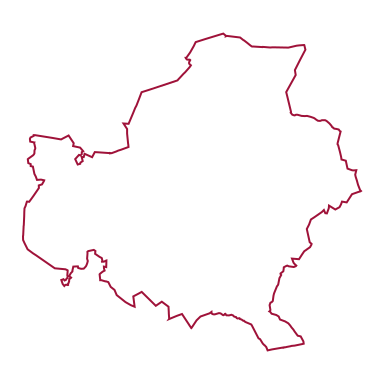 Lauberes pag., Ogre, Latvia (Albers equal-area conic projection)
{"feature_id": "27541924B63076675035337", "entity_name": "Lauberes pag.", "entity_type": "district", "adm_level": 2, "iso_a3": "LVA", "parent_name": "Latvia", "parent_adm1": "Ogre", "projection": "albers", "projection_center": [25.005, 56.837], "detail": "fine", "context": "isolated", "style": "outline", "palette": "rose", "viewbox_px": 384, "rotation_deg": 0, "n_neighbors": 0, "source": "geoboundaries", "source_scale": "gbopen_adm2", "svg_char_len": 5658}
<svg xmlns="http://www.w3.org/2000/svg" viewBox="0 0 384 384"><path d="M220.9,34.3L205.5,39.0L195.7,42.1L194.9,43.7L193.8,46.0L190.1,52.5L186.6,57.4L185.9,57.9L185.7,57.9L185.9,58.4L187.1,59.6L189.8,59.7L190.2,60.1L189.8,60.9L189.4,61.6L189.1,62.2L189.1,63.4L189.5,64.1L190.9,65.3L190.2,66.4L189.5,67.3L185.1,72.3L183.5,73.8L180.0,77.6L178.1,79.6L177.8,80.1L177.5,80.4L149.5,89.7L141.6,92.2L138.9,99.3L136.4,105.7L135.2,107.9L133.1,113.1L128.6,123.8L123.5,123.5L127.1,129.0L127.1,133.6L128.1,143.6L128.3,144.7L128.5,147.0L121.1,149.7L118.2,150.6L116.2,151.5L111.8,153.1L111.4,153.2L110.0,153.0L110.0,153.3L109.9,153.4L109.6,153.1L98.1,152.3L94.8,152.1L92.1,157.2L84.6,153.8L83.7,157.1L81.7,157.0L82.7,161.1L80.4,162.6L80.2,163.8L77.7,164.5L75.2,159.1L79.0,154.9L80.5,155.4L81.7,154.3L81.8,152.1L83.2,151.2L80.1,147.6L73.1,146.1L73.7,143.3L73.7,143.2L68.6,135.5L63.0,138.4L61.2,139.4L60.3,139.3L52.3,137.9L34.7,135.1L33.7,135.1L33.7,135.7L33.7,135.9L30.5,137.5L29.9,138.9L30.2,141.6L34.0,142.4L33.9,142.5L34.1,142.9L34.2,143.3L34.6,144.9L35.3,148.1L35.2,148.8L34.8,149.7L34.6,150.1L34.5,150.6L34.4,153.4L34.0,154.2L33.2,155.2L28.2,158.8L27.8,159.2L28.3,163.1L30.7,164.1L30.7,166.1L32.9,166.6L34.4,173.9L35.8,176.6L37.0,179.9L41.0,179.6L44.2,180.3L44.0,180.9L42.0,184.4L38.8,185.4L38.8,185.8L38.9,188.0L33.4,196.0L29.2,201.8L27.0,201.5L26.9,201.6L25.5,206.2L24.5,208.3L24.3,211.8L24.2,216.2L23.8,225.1L23.6,226.3L23.6,226.9L23.4,230.9L23.2,235.2L23.1,235.8L23.0,236.0L23.1,240.0L24.6,243.3L27.6,249.3L33.1,253.4L36.2,255.4L54.8,268.3L65.5,269.3L67.6,270.3L67.7,270.6L67.3,275.3L67.6,276.5L67.4,278.0L66.5,278.7L65.9,279.9L64.6,280.5L63.5,279.2L61.3,280.0L61.7,281.1L62.7,284.0L64.3,286.0L65.1,285.1L65.7,284.8L66.6,284.8L67.9,285.1L68.1,285.0L68.1,284.7L67.8,284.4L67.8,284.0L68.5,283.2L68.7,282.3L69.1,281.7L69.1,280.8L69.2,280.0L69.3,279.5L69.3,279.1L69.7,278.8L69.7,278.7L70.8,278.0L71.1,277.6L70.1,276.9L69.3,276.3L69.2,276.0L70.3,274.1L70.7,273.3L72.3,271.6L72.5,271.1L72.5,270.8L72.4,270.6L73.3,266.6L77.2,266.4L77.9,266.4L78.1,267.8L78.2,268.0L81.1,268.8L83.3,268.7L83.8,268.6L85.4,266.9L85.9,266.3L86.1,266.0L86.5,265.1L87.2,263.3L87.8,261.0L87.1,258.7L87.5,253.4L87.4,251.8L88.2,251.1L93.8,249.9L95.4,251.0L95.1,253.8L99.6,256.9L101.7,258.0L101.9,258.4L102.0,259.1L102.4,260.7L102.3,261.1L102.0,261.4L102.1,261.7L102.3,261.6L103.6,261.7L104.3,261.5L105.8,260.7L106.4,260.5L106.3,264.5L106.2,267.1L103.9,266.6L104.0,268.5L104.6,270.6L102.9,271.5L101.7,272.4L100.0,273.8L99.6,274.3L100.2,279.6L100.2,280.2L101.4,280.2L105.4,281.4L105.6,281.3L105.8,281.3L108.3,282.1L110.7,286.9L114.5,289.9L116.7,295.1L119.6,297.4L125.5,302.1L130.9,305.2L134.6,306.7L133.3,296.4L138.6,293.6L141.7,291.9L155.8,305.8L161.8,301.7L168.5,306.7L168.8,312.5L168.8,313.3L169.2,318.8L169.0,319.1L174.8,316.7L177.0,315.8L182.0,314.0L188.8,324.3L189.1,324.7L189.2,325.0L191.2,327.9L191.2,328.0L191.3,328.1L191.6,327.8L196.2,320.9L196.5,320.4L200.5,316.5L209.6,313.3L211.5,311.9L211.6,313.0L211.6,313.3L211.9,313.6L212.4,314.0L213.3,314.3L214.4,314.3L214.7,314.4L219.0,313.1L220.6,313.4L223.0,315.1L223.4,315.2L224.2,314.8L224.9,313.9L225.4,313.8L225.6,314.1L226.0,314.9L226.5,315.3L229.0,315.4L231.3,314.8L231.6,314.8L232.6,315.3L233.2,315.5L233.9,316.4L234.5,316.7L236.1,317.1L236.6,318.0L237.3,318.4L237.7,318.5L239.4,318.2L239.7,318.4L240.0,319.1L240.5,319.2L241.5,319.5L243.3,320.8L243.9,320.7L244.6,321.3L245.2,321.9L251.3,324.5L252.1,325.9L258.5,338.3L260.1,339.2L262.8,343.6L264.3,345.1L264.9,345.5L265.8,346.6L266.2,346.9L267.6,350.4L272.1,349.4L283.7,347.4L283.7,347.6L284.0,347.5L286.2,347.1L286.4,347.0L290.6,346.2L291.5,345.9L294.7,345.6L302.5,344.0L303.7,343.7L303.4,341.4L300.7,336.4L297.7,335.7L294.6,331.5L293.4,329.6L291.5,327.4L290.2,325.5L288.3,323.3L285.1,321.4L280.0,319.5L278.7,316.5L276.3,315.0L271.6,313.7L270.2,311.8L269.4,311.4L270.0,310.8L270.3,310.3L270.4,310.0L269.6,305.1L270.1,303.7L270.4,302.8L270.8,302.5L271.1,302.4L271.6,302.2L272.1,301.7L272.7,301.1L272.8,300.9L273.5,295.7L274.0,293.6L274.3,292.8L276.9,286.4L277.9,285.1L278.2,284.5L279.3,278.8L279.4,278.2L281.2,275.0L280.7,274.3L280.5,273.9L280.5,273.5L283.3,271.3L283.7,268.9L283.7,268.5L283.8,267.3L283.9,267.2L286.2,266.0L287.2,265.6L287.5,265.7L288.7,266.3L293.8,267.0L295.8,266.2L296.3,265.6L294.8,264.2L293.9,263.2L293.5,262.6L292.0,258.6L299.0,259.2L301.9,254.7L304.2,251.3L304.4,251.1L305.8,250.2L307.0,249.3L310.0,247.2L311.3,244.9L311.6,243.9L309.7,242.2L306.8,229.0L309.1,224.5L310.9,219.5L314.1,217.4L321.9,212.0L323.9,210.0L325.3,213.2L326.9,213.4L328.8,208.2L329.0,205.6L335.3,209.5L339.5,207.2L341.0,204.4L342.0,201.6L346.7,202.4L352.0,194.2L358.2,192.0L360.6,191.3L361.0,191.0L360.1,190.1L358.0,184.7L356.9,180.6L355.7,176.9L355.2,174.7L356.3,170.2L353.7,170.4L352.2,170.3L347.5,168.6L345.8,160.7L341.5,159.5L341.1,156.8L339.9,151.7L338.2,145.3L337.5,144.1L337.7,142.8L339.8,134.6L340.6,131.5L340.2,131.3L339.7,130.9L338.7,129.5L336.2,128.9L334.5,128.7L333.8,128.4L333.4,128.1L333.3,127.7L332.1,127.0L332.0,126.8L331.4,125.7L329.4,123.4L326.5,120.9L325.1,120.2L321.9,120.2L320.5,120.8L319.7,120.9L318.5,120.8L317.8,120.7L316.0,119.5L314.6,118.4L313.7,117.9L310.5,116.8L307.0,115.9L304.9,116.1L301.6,115.9L297.7,114.8L296.7,114.7L295.4,114.9L294.8,115.4L294.0,115.3L292.3,114.7L290.7,112.7L291.0,112.3L291.0,111.8L287.3,96.5L286.2,92.1L295.7,75.0L294.9,70.1L300.1,59.8L305.4,49.7L304.3,45.1L304.2,45.0L299.1,45.4L296.6,45.7L288.4,47.6L272.8,47.3L270.1,47.5L262.8,46.9L262.6,47.1L252.9,46.5L252.0,46.5L251.6,46.3L250.2,45.3L247.4,43.0L243.9,40.3L243.5,40.2L240.1,37.5L226.8,35.9L225.8,36.3L225.9,35.8L223.3,33.6L220.9,34.3Z" fill="none" stroke="#9f1239" stroke-width="2"/></svg>